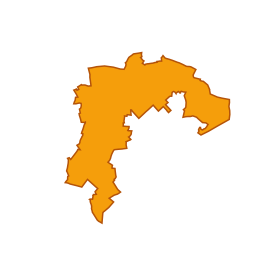 outline of Aba North, Abia, Nigeria, rotated 312°
{"feature_id": "59680162B53329994117155", "entity_name": "Aba North", "entity_type": "district", "adm_level": 2, "iso_a3": "NGA", "parent_name": "Nigeria", "parent_adm1": "Abia", "projection": "mercator", "projection_center": [7.362, 5.109], "detail": "fine", "context": "isolated", "style": "filled", "palette": "amber", "viewbox_px": 256, "rotation_deg": 312, "n_neighbors": 0, "source": "geoboundaries", "source_scale": "gbopen_adm2", "svg_char_len": 4715}
<svg xmlns="http://www.w3.org/2000/svg" viewBox="0 0 256 256"><g transform="rotate(312 128 128)"><path d="M202.1,197.5L202.3,197.3L206.2,194.6L209.0,191.9L211.5,188.6L212.8,187.7L214.8,186.4L217.0,184.3L213.2,178.1L210.8,173.8L208.3,166.4L210.8,163.2L211.1,163.1L213.3,158.4L213.1,152.8L212.5,151.9L212.0,150.9L211.6,149.8L212.7,149.1L212.2,148.4L210.9,145.9L209.6,143.5L209.6,142.9L210.0,142.1L210.9,141.0L212.2,140.6L216.9,139.3L216.4,137.2L215.6,134.0L215.0,132.8L214.0,131.6L213.5,131.0L212.8,129.8L211.9,126.3L211.1,123.8L210.6,122.2L209.9,120.8L208.0,115.8L206.7,112.8L205.2,109.8L204.8,108.8L205.2,105.6L204.7,105.7L203.8,105.8L203.3,105.8L202.9,105.7L202.3,105.8L202.0,106.3L201.1,107.3L200.2,108.2L199.4,107.3L199.2,107.0L198.0,106.1L196.8,105.0L196.3,105.6L195.5,104.9L194.7,104.2L193.0,103.2L191.5,101.9L189.3,100.1L188.5,99.3L187.6,98.7L187.2,98.4L186.2,98.4L186.0,98.1L186.0,97.5L185.9,96.5L185.7,95.4L188.5,95.0L188.3,93.9L188.3,93.4L188.4,92.3L188.8,91.3L188.8,90.2L189.8,90.4L190.3,90.6L190.9,89.7L191.8,88.6L192.2,88.2L192.7,88.1L193.2,87.7L192.0,86.8L190.6,85.7L187.0,82.7L186.3,82.4L184.7,82.2L182.6,81.7L181.0,81.4L178.7,81.9L177.1,82.4L175.9,82.6L174.7,82.4L174.2,83.7L173.4,84.3L172.4,84.9L171.4,85.2L169.0,85.8L166.7,82.9L163.4,76.4L158.4,69.1L152.7,63.8L148.4,60.7L145.9,58.5L142.3,63.9L140.1,65.8L134.6,72.3L132.5,70.4L131.3,67.5L130.5,66.5L128.9,64.8L129.0,64.3L126.6,63.7L124.9,63.1L123.7,65.6L122.7,65.1L121.9,64.9L122.4,63.5L121.2,63.1L119.9,62.4L118.7,66.5L117.4,70.0L115.7,68.5L113.5,70.0L113.0,70.3L112.0,70.5L110.6,71.1L109.7,71.5L110.5,72.4L111.4,73.3L113.2,74.5L114.0,75.1L114.9,76.7L113.5,78.2L112.4,78.9L111.2,79.5L110.4,79.5L109.5,79.3L107.2,82.6L106.0,82.0L105.0,83.2L103.9,85.0L103.8,85.3L102.7,87.0L101.0,89.4L102.2,91.0L102.9,91.8L103.5,92.3L103.8,92.4L103.5,92.7L103.1,92.9L101.7,93.2L100.5,93.6L98.7,94.5L96.0,95.7L94.6,96.2L92.8,97.1L93.2,97.8L93.5,98.3L92.9,98.8L92.4,99.2L91.6,99.5L90.7,99.6L89.3,100.1L87.9,100.4L86.2,101.1L84.9,102.0L83.6,102.4L81.0,101.6L80.3,104.6L79.8,106.9L78.9,105.8L78.5,105.1L78.1,105.2L77.4,105.4L76.9,105.6L71.2,106.1L66.3,106.5L66.6,104.2L65.0,103.4L64.5,105.0L62.0,107.0L57.6,109.8L55.0,111.1L54.4,112.7L52.7,116.0L51.6,115.7L50.4,116.6L49.4,117.6L46.7,117.7L46.2,117.7L45.4,117.9L46.3,119.2L47.1,120.7L47.6,122.4L51.1,129.0L53.2,133.2L62.7,132.3L62.7,143.3L62.8,146.0L60.9,146.1L59.5,146.1L58.7,146.1L58.3,146.7L57.5,148.8L56.7,148.1L55.8,147.2L55.5,146.9L55.0,147.3L54.8,147.2L54.4,147.0L53.5,148.0L53.0,148.2L51.5,149.3L51.3,149.3L51.1,149.0L51.1,148.7L50.1,147.9L50.0,147.6L49.8,147.4L49.2,147.2L49.3,148.1L48.3,148.9L47.4,150.1L46.7,151.6L45.8,153.0L44.9,153.9L43.7,154.8L42.0,157.4L41.6,157.8L39.0,166.9L39.1,168.9L39.4,169.9L39.9,172.3L47.4,166.6L48.5,165.9L49.8,166.0L50.8,166.2L56.1,166.9L63.4,166.8L63.2,161.0L68.9,162.7L71.8,164.4L73.4,164.9L75.4,165.3L75.4,163.5L75.4,161.9L75.6,160.8L77.4,154.6L77.8,153.0L80.3,152.9L80.6,152.0L82.0,152.3L83.7,151.9L84.7,150.5L87.8,146.9L89.2,145.4L87.5,143.0L88.2,142.4L88.7,142.1L89.2,141.6L89.9,141.4L89.8,140.2L89.4,138.3L89.3,137.2L89.2,136.0L91.6,136.0L93.8,135.3L95.4,134.4L97.1,133.7L97.7,133.4L101.2,132.4L102.7,132.3L105.7,135.0L108.6,137.8L109.4,138.4L110.8,139.6L112.1,140.7L113.1,139.4L113.6,138.6L114.3,137.8L115.4,136.9L116.3,136.1L116.5,135.7L117.7,136.3L118.9,136.8L119.9,137.3L120.7,137.7L121.4,137.8L121.7,134.5L122.6,134.8L124.2,134.8L124.9,134.6L125.8,134.4L126.7,133.6L128.1,132.9L128.4,132.7L127.8,132.1L127.3,131.4L126.1,129.9L126.0,129.5L126.9,129.3L128.7,128.7L129.8,127.8L128.2,125.9L126.2,123.2L127.5,122.1L128.2,121.4L128.5,121.1L129.4,121.8L130.5,120.3L131.8,119.5L133.2,118.5L134.3,117.8L134.6,117.4L136.0,119.3L137.4,118.5L139.6,121.7L143.1,118.0L143.2,117.9L143.4,117.9L143.6,118.2L143.7,118.9L143.4,119.7L142.9,124.6L142.4,129.6L148.2,130.1L152.1,130.4L155.2,130.8L161.8,131.4L160.9,139.3L167.5,139.9L167.1,144.9L166.9,145.2L166.6,147.8L169.8,148.1L170.5,140.3L173.7,140.7L174.0,137.3L177.2,137.6L179.1,137.8L179.9,138.1L180.9,139.2L183.9,137.0L184.8,137.1L185.7,137.5L186.1,138.9L185.7,140.7L186.3,140.4L188.5,140.9L188.9,141.1L188.8,142.4L188.8,143.3L189.3,143.5L190.2,142.8L190.9,143.0L191.8,144.9L193.3,147.0L189.6,148.2L187.4,152.2L185.9,154.1L182.2,157.0L181.4,157.2L178.7,156.9L178.6,158.5L172.8,161.7L175.1,163.4L176.9,165.1L178.2,166.6L180.4,168.1L181.9,171.8L181.8,174.1L181.9,179.8L183.9,182.4L184.2,185.1L182.5,185.4L181.8,185.6L180.0,185.7L178.9,185.6L178.3,185.1L177.3,184.8L176.6,184.8L176.3,184.4L176.0,183.6L176.0,182.8L176.6,181.8L176.9,181.5L176.4,180.9L175.1,181.2L173.9,181.6L173.5,182.1L173.4,182.7L172.9,182.9L171.2,183.2L171.6,186.9L179.5,190.0L188.8,193.0L202.1,197.5Z" fill="#f59e0b" stroke="#b45309" stroke-width="1.5"/></g></svg>